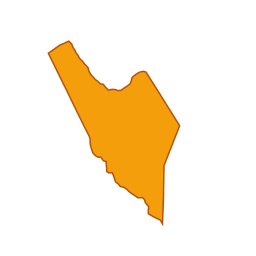 outline of Groaíras, Ceará, Brazil, rotated 340°
{"feature_id": "56859067B67706386881403", "entity_name": "Groaíras", "entity_type": "district", "adm_level": 2, "iso_a3": "BRA", "parent_name": "Brazil", "parent_adm1": "Ceará", "projection": "mercator", "projection_center": [-40.377, -3.916], "detail": "fine", "context": "isolated", "style": "filled", "palette": "amber", "viewbox_px": 256, "rotation_deg": 340, "n_neighbors": 0, "source": "geoboundaries", "source_scale": "gbopen_adm2", "svg_char_len": 1114}
<svg xmlns="http://www.w3.org/2000/svg" viewBox="0 0 256 256"><g transform="rotate(340 128 128)"><path d="M127.6,229.9L138.4,203.4L139.8,199.5L149.0,175.6L177.3,143.5L168.7,103.0L164.0,81.5L161.6,79.9L157.9,79.5L153.6,80.3L149.3,81.8L147.3,84.7L145.1,87.2L140.9,88.5L137.6,89.2L134.3,90.2L131.1,89.3L129.2,87.5L126.2,86.2L122.5,85.7L120.9,82.2L119.7,78.5L117.2,77.2L115.6,73.8L113.9,71.3L113.0,68.9L111.7,65.9L110.7,61.7L111.1,57.5L109.2,53.2L107.9,49.3L106.4,46.4L105.8,42.7L104.9,39.6L104.6,36.4L103.9,33.7L103.8,29.8L102.1,26.1L91.9,26.9L78.7,30.5L79.4,36.8L82.5,65.7L82.9,68.4L84.6,85.6L87.4,111.5L88.7,122.0L88.7,125.2L87.4,128.8L86.8,131.7L86.5,135.3L86.5,139.6L88.0,143.0L89.7,145.0L92.6,146.3L93.6,150.3L96.0,152.0L95.1,154.8L94.1,158.8L93.1,161.4L94.5,163.6L97.8,164.6L98.1,168.0L97.9,171.8L97.9,174.5L99.6,177.1L100.8,180.4L103.8,182.2L106.0,185.4L107.1,187.8L108.6,190.3L111.1,193.6L113.5,197.0L117.7,198.4L119.0,200.8L118.8,203.8L119.5,206.3L120.6,209.0L118.9,212.2L117.8,215.6L119.8,218.0L122.0,220.6L124.6,223.3L126.9,225.7L127.6,229.9Z" fill="#f59e0b" stroke="#b45309" stroke-width="1.5"/></g></svg>